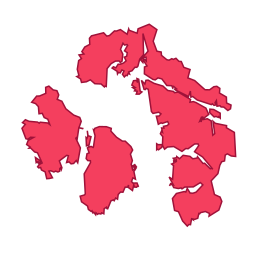 Hadsel nor, Nordland, Norway, rotated 266°
{"feature_id": "86288312B40270143357623", "entity_name": "Hadsel nor", "entity_type": "district", "adm_level": 2, "iso_a3": "NOR", "parent_name": "Norway", "parent_adm1": "Nordland", "projection": "mercator", "projection_center": [15.018, 68.501], "detail": "fine", "context": "isolated", "style": "filled", "palette": "rose", "viewbox_px": 256, "rotation_deg": 266, "n_neighbors": 0, "source": "geoboundaries", "source_scale": "gbopen_adm2", "svg_char_len": 5858}
<svg xmlns="http://www.w3.org/2000/svg" viewBox="0 0 256 256"><g transform="rotate(266 128 128)"><path d="M92.1,233.4L116.2,233.8L121.4,226.2L123.5,226.5L126.6,215.4L128.8,213.3L116.3,214.1L114.9,212.1L129.3,211.5L131.7,207.8L131.1,202.9L131.7,201.7L128.8,201.5L130.4,201.4L129.7,200.0L133.6,202.0L133.8,204.0L132.8,202.3L132.3,204.0L135.9,209.5L142.4,207.1L148.7,197.5L149.8,195.0L149.4,191.6L152.1,192.4L160.3,180.6L160.0,176.9L161.3,175.9L162.7,170.2L167.4,165.8L170.7,157.1L174.4,151.4L174.3,149.2L170.7,147.9L174.6,144.7L165.4,146.7L165.1,147.9L166.3,148.9L165.2,150.9L142.8,152.5L140.8,154.0L141.6,159.7L139.8,161.9L137.8,159.9L137.8,157.1L129.6,158.5L130.9,161.4L130.2,162.5L131.7,168.0L129.1,169.0L127.7,167.3L127.2,163.5L125.4,163.8L125.7,161.5L121.4,162.1L122.4,161.1L120.0,159.9L116.9,162.1L109.0,161.2L109.3,156.8L110.3,155.5L104.4,155.1L104.9,155.7L104.1,156.9L106.2,160.2L108.5,161.1L104.3,163.0L106.3,166.0L106.3,172.4L100.9,180.2L103.5,184.2L103.1,186.5L107.4,193.3L107.3,196.7L105.5,197.3L99.7,192.7L93.9,200.4L81.0,209.7L82.1,208.2L81.6,207.2L87.5,202.0L87.4,200.3L94.5,195.3L93.2,194.9L92.8,190.5L95.4,187.8L96.9,181.1L93.8,177.3L96.1,174.6L95.0,174.5L94.6,171.0L91.3,173.1L93.6,174.0L91.2,173.9L90.9,173.0L91.8,171.3L89.9,171.4L89.0,169.0L87.3,170.8L73.7,168.9L76.2,165.6L68.3,169.2L69.6,166.7L67.4,165.3L68.5,166.2L68.4,168.3L65.4,169.4L64.1,174.0L64.5,176.8L63.5,177.6L65.1,180.4L64.7,189.1L68.5,196.4L66.0,198.7L59.3,191.5L58.4,188.2L58.8,185.4L63.6,182.9L60.1,181.2L60.7,179.7L59.3,171.7L54.5,167.4L42.5,168.7L41.0,172.5L31.4,176.0L26.0,180.3L27.5,182.0L27.2,183.6L32.9,185.1L32.0,186.4L32.8,186.1L32.2,188.2L33.1,191.3L37.8,192.7L37.4,193.5L38.5,194.4L39.3,199.4L37.1,203.3L34.4,202.7L39.8,212.9L48.2,216.5L52.7,215.0L55.6,209.6L69.5,207.3L76.2,214.5L84.4,217.0L87.8,219.1L88.4,222.0L94.2,223.1L95.3,225.3L92.9,229.0L92.1,233.4ZM163.4,219.5L163.2,216.5L160.4,212.1L160.8,207.5L170.7,197.8L173.8,191.2L182.0,194.0L184.6,187.9L190.6,185.8L191.0,183.4L194.2,180.7L193.3,178.0L194.1,176.5L192.8,173.7L193.4,171.5L198.1,166.5L201.5,166.4L202.6,162.2L212.8,159.2L224.1,163.7L230.0,156.4L226.3,145.0L221.9,143.7L225.4,136.0L226.8,135.6L221.6,133.7L226.7,127.3L225.5,123.1L225.8,121.3L221.5,115.9L221.2,113.2L224.7,110.3L222.5,98.0L220.2,95.8L214.1,95.7L211.8,90.5L207.4,87.3L204.9,89.2L204.3,84.2L200.5,86.4L198.7,83.5L190.1,81.5L183.6,82.7L182.9,80.5L180.3,84.1L176.7,84.8L177.0,89.7L178.7,93.8L174.5,98.0L173.8,104.2L170.6,107.3L171.4,108.0L170.9,109.2L188.7,111.3L193.4,115.7L195.6,120.1L195.5,123.7L193.9,124.9L195.1,126.7L202.0,128.0L207.0,126.0L212.9,128.9L211.0,130.3L211.3,132.9L210.5,133.4L205.2,129.9L203.2,132.5L199.7,131.7L198.9,129.3L195.1,130.8L193.2,128.2L192.1,124.8L192.3,122.6L188.9,120.1L190.1,117.7L188.9,116.3L185.3,121.1L182.7,121.3L184.1,122.3L183.5,124.1L186.3,126.0L185.2,128.0L182.0,126.2L179.2,127.9L180.7,129.6L180.3,130.9L182.4,131.9L181.7,133.3L183.9,132.6L184.8,136.0L188.1,139.1L187.9,141.0L189.0,142.2L195.9,144.5L200.1,148.7L221.2,149.5L203.3,153.4L195.0,145.4L192.3,147.4L197.4,148.4L197.4,151.0L193.4,150.9L195.4,149.2L194.4,148.1L188.6,151.3L187.7,148.7L180.9,148.1L174.7,156.3L174.1,158.5L175.9,161.4L174.6,165.2L167.7,169.7L167.1,174.7L164.9,175.3L166.3,176.5L163.7,179.1L163.5,177.2L162.6,178.0L155.2,190.6L160.5,192.8L154.4,192.9L154.9,194.8L151.1,199.0L145.5,212.8L146.3,213.8L144.6,215.4L144.9,217.4L147.2,216.6L149.2,218.1L143.5,218.3L143.8,221.3L142.5,222.3L142.2,225.0L138.5,228.8L140.0,231.6L143.7,232.4L146.1,228.1L152.0,228.3L156.5,221.7L161.1,222.4L163.4,219.5ZM63.3,75.5L57.6,76.5L53.0,82.2L49.5,82.8L47.3,85.5L47.9,86.3L45.7,87.1L46.3,88.0L43.7,89.7L45.6,90.2L44.0,91.6L44.7,92.7L44.1,95.0L45.2,95.8L44.1,97.9L49.2,98.6L50.5,101.0L49.1,101.3L48.8,102.1L56.5,105.9L57.3,108.4L56.4,109.1L59.0,110.8L57.7,112.6L62.4,113.6L64.6,116.0L64.3,118.5L69.2,121.0L69.0,123.4L71.1,124.6L68.6,124.2L65.3,128.1L71.0,129.8L68.6,130.4L68.3,132.3L69.4,133.7L68.6,134.4L72.5,133.2L72.7,129.1L74.4,127.8L77.9,129.4L76.4,131.9L84.6,130.8L85.0,131.5L88.1,133.7L85.9,129.7L89.4,129.1L88.5,131.1L89.8,132.2L88.7,132.3L88.9,133.5L91.0,132.2L89.6,129.5L91.5,128.6L95.2,130.1L101.8,128.6L105.7,131.1L109.3,129.6L115.1,124.3L115.3,121.5L119.6,115.9L126.1,110.7L128.8,111.3L130.8,106.5L131.4,99.6L130.0,94.9L128.5,94.2L128.9,93.4L122.5,94.6L111.5,92.2L111.0,91.8L112.2,89.9L111.4,86.6L111.0,86.1L105.9,87.5L105.2,85.3L100.4,84.1L98.3,85.6L98.0,88.2L96.1,88.2L85.3,81.1L65.4,80.8L64.3,80.1L63.3,75.5ZM140.7,23.1L138.8,25.8L135.1,22.2L124.4,25.4L123.8,27.3L125.6,30.2L125.2,33.2L122.6,27.6L118.6,25.7L115.9,29.0L114.8,27.8L114.8,29.5L110.6,33.2L109.6,36.0L99.1,39.9L98.3,38.1L101.6,38.0L105.0,33.6L99.9,34.0L100.6,34.9L99.4,35.9L100.4,36.2L98.8,37.7L95.6,35.1L94.4,36.2L94.7,38.1L92.2,38.7L90.0,42.3L83.1,43.4L83.1,45.9L83.6,49.2L90.5,46.1L90.7,48.0L89.3,51.0L90.0,52.8L89.0,55.0L89.7,56.9L92.3,57.1L93.1,58.1L91.2,58.6L93.0,59.3L100.0,57.2L105.0,65.0L104.5,66.6L97.8,64.3L98.3,66.8L96.2,68.7L96.4,71.3L99.2,74.1L96.8,75.4L111.4,79.1L121.4,75.2L121.9,75.7L120.4,76.5L131.7,79.0L130.5,82.7L130.7,82.8L131.7,79.1L137.9,81.8L141.9,80.6L144.7,74.7L151.5,67.3L159.3,63.9L161.5,59.4L165.8,61.2L170.2,59.7L171.2,56.0L175.3,52.0L174.3,48.7L168.3,48.4L166.1,42.0L166.2,39.1L160.4,33.7L158.8,37.5L155.6,40.1L148.4,40.2L148.6,43.5L144.3,45.1L142.4,48.6L136.9,50.2L138.6,48.3L139.9,40.8L139.0,39.8L140.2,38.2L141.6,29.7L143.4,26.2L140.7,23.1ZM170.5,134.8L168.0,137.8L167.9,135.6L165.7,138.2L164.6,137.1L164.0,139.8L161.2,138.6L161.0,141.7L163.0,144.4L164.0,142.7L175.9,142.1L176.7,140.4L172.6,140.8L174.9,139.7L174.8,136.8L170.5,134.8ZM137.6,210.6L133.0,214.7L133.4,216.6L132.3,218.8L133.0,219.2L131.4,220.7L136.4,221.0L140.5,214.7L141.1,211.0L137.6,210.6ZM121.4,85.5L113.1,85.3L113.6,87.1L112.7,87.6L121.9,90.5L123.1,87.6L128.1,87.2L122.9,87.4L120.5,86.3L121.4,85.5Z" fill="#f43f5e" stroke="#9f1239" stroke-width="1.5"/></g></svg>